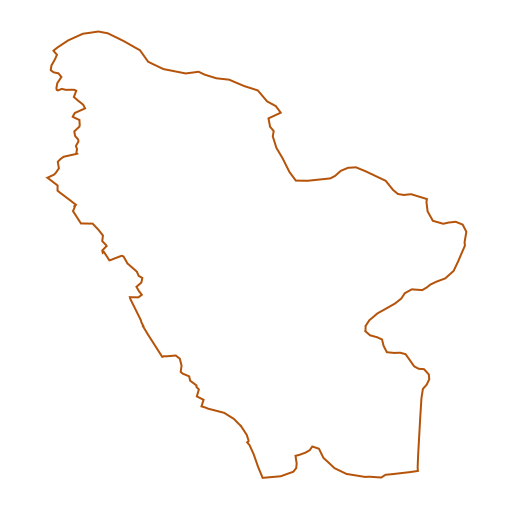 Sanoyeah, Bong, Liberia (Equal Earth projection), rotated 271°
{"feature_id": "62588387B99544432637290", "entity_name": "Sanoyeah", "entity_type": "district", "adm_level": 2, "iso_a3": "LBR", "parent_name": "Liberia", "parent_adm1": "Bong", "projection": "equal_earth", "projection_center": [-9.896, 7.035], "detail": "fine", "context": "isolated", "style": "outline", "palette": "amber", "viewbox_px": 512, "rotation_deg": 271, "n_neighbors": 0, "source": "geoboundaries", "source_scale": "gbopen_adm2", "svg_char_len": 3857}
<svg xmlns="http://www.w3.org/2000/svg" viewBox="0 0 512 512"><g transform="rotate(271 256 256)"><path d="M43.9,421.6L47.5,421.3L60.5,421.6L91.4,422.8L97.0,423.0L116.7,423.9L126.0,425.2L126.4,425.5L130.3,428.9L135.9,431.4L136.4,431.3L140.5,430.9L144.3,427.4L145.8,425.9L146.0,421.8L146.1,420.5L146.9,419.0L148.5,416.0L155.4,411.0L160.5,407.2L161.8,401.8L161.5,395.6L162.1,388.5L163.4,387.8L168.5,385.1L173.1,383.9L174.7,383.5L176.9,378.5L178.7,371.4L182.8,366.6L183.0,366.8L185.4,366.8L188.0,366.8L193.8,370.5L194.9,371.8L200.7,378.4L210.9,395.8L216.1,402.1L221.4,405.4L225.4,412.4L225.2,415.3L225.2,415.6L224.8,422.8L227.6,427.4L228.7,428.7L229.1,429.2L230.4,430.7L233.5,436.9L233.6,437.2L233.7,437.4L236.9,445.6L244.6,453.9L248.0,455.4L254.8,458.5L256.4,459.1L270.0,464.7L273.4,464.3L283.9,465.9L290.6,462.3L291.0,462.1L293.7,455.1L292.8,448.0L292.1,445.2L291.5,442.6L293.5,435.1L294.3,432.2L303.6,426.8L312.8,425.5L315.9,425.9L318.1,418.4L318.5,416.9L320.5,410.1L319.6,402.6L320.5,396.8L320.9,396.3L324.5,391.8L325.0,391.4L333.5,384.3L337.8,374.7L339.8,370.4L341.1,367.4L342.7,363.9L346.4,354.4L345.8,346.5L342.7,339.4L339.8,336.2L337.4,333.6L336.3,331.5L334.9,329.0L332.1,306.2L332.1,304.5L332.1,294.5L340.7,287.9L354.3,280.8L364.5,274.5L375.9,270.7L381.2,271.5L385.5,267.8L393.8,266.1L394.4,267.3L399.7,278.2L400.4,277.7L406.2,273.2L410.8,264.4L421.6,254.9L425.6,241.5L429.2,232.5L431.8,226.2L433.0,213.3L436.4,201.6L439.2,195.4L437.9,186.6L437.3,182.5L438.9,173.5L441.3,160.1L446.3,149.1L448.4,144.7L459.6,136.5L468.7,119.7L476.1,103.9L477.7,94.3L477.6,93.9L476.1,84.9L475.2,79.0L468.3,64.4L461.2,54.1L458.2,50.4L457.7,49.9L454.9,52.4L453.7,53.5L453.3,53.3L452.8,53.1L449.5,51.7L449.3,51.6L446.4,50.1L444.5,49.0L443.1,48.2L438.4,47.5L438.1,47.6L436.1,50.5L435.2,55.3L431.6,58.3L429.9,57.2L425.5,54.4L424.1,54.1L420.4,53.5L418.6,53.9L418.1,55.0L419.7,58.9L418.8,63.0L419.0,68.5L419.0,71.3L418.1,73.4L411.8,71.1L408.3,75.3L406.7,77.4L404.2,80.6L400.6,82.5L400.0,81.2L395.9,72.4L392.9,70.7L392.0,70.3L389.8,75.0L388.9,77.1L388.3,77.1L384.7,77.4L383.2,77.4L382.2,77.1L377.5,72.2L376.8,72.3L375.8,72.4L372.6,73.2L369.5,76.1L367.4,76.5L367.2,76.4L364.4,74.8L362.8,74.0L359.8,75.2L356.2,74.6L355.2,75.4L354.6,73.3L354.5,72.8L352.4,64.1L351.8,61.8L349.6,58.9L346.8,56.2L346.5,56.2L340.2,57.4L335.4,54.2L334.5,53.3L333.8,52.6L331.2,47.3L330.6,46.1L330.3,46.6L323.0,56.4L317.9,56.4L317.3,57.2L316.3,58.4L308.5,69.1L304.0,75.1L302.6,73.5L302.1,74.0L298.2,72.5L297.7,72.2L293.3,75.2L285.5,80.4L285.5,92.1L281.0,96.5L279.5,98.0L273.8,102.6L268.2,102.0L264.7,105.5L263.4,106.5L258.9,102.2L256.6,102.7L257.5,103.8L249.1,109.5L249.7,111.4L250.4,113.0L253.8,121.4L253.7,122.7L252.6,123.9L249.6,125.7L246.3,127.6L238.3,137.1L234.0,139.1L233.9,139.4L232.1,142.7L228.7,142.1L228.4,142.0L227.4,141.8L223.1,137.0L218.6,139.7L217.5,140.7L215.2,142.5L215.1,142.4L212.6,139.1L212.6,137.5L212.6,130.6L210.6,131.2L198.3,137.6L189.4,142.2L187.8,142.5L184.0,144.6L183.8,144.2L178.1,147.8L176.7,148.6L154.3,163.5L153.6,163.9L153.7,164.8L154.2,165.6L154.1,167.6L154.4,170.7L155.1,177.5L152.6,180.8L152.0,181.6L145.0,183.5L138.8,182.7L137.1,184.8L136.5,186.3L136.4,186.6L134.5,191.3L133.7,191.5L130.2,192.3L125.5,198.8L124.1,198.7L121.6,201.2L114.6,199.3L112.6,203.4L111.3,206.1L107.3,204.9L104.7,204.1L103.9,206.9L103.3,209.0L102.6,210.4L100.0,221.3L98.6,227.0L95.2,232.6L92.7,236.8L88.5,241.0L85.9,243.8L85.8,243.7L85.3,244.2L77.1,249.8L71.7,251.7L70.6,251.7L69.6,250.4L68.3,251.5L66.7,252.9L65.4,253.5L57.8,257.1L45.4,261.7L42.8,262.8L34.3,266.5L36.2,284.6L38.7,291.1L40.9,297.0L44.6,299.9L49.2,300.3L56.9,299.0L57.9,302.8L60.3,309.0L62.8,313.1L66.5,315.6L64.4,322.3L55.4,326.9L48.5,334.6L45.3,338.1L39.7,350.2L39.5,351.6L39.4,352.3L37.0,368.9L37.3,373.1L36.7,385.1L39.5,389.3L40.4,397.2L42.3,411.3L42.5,413.0L43.9,421.6Z" fill="none" stroke="#b45309" stroke-width="2"/></g></svg>